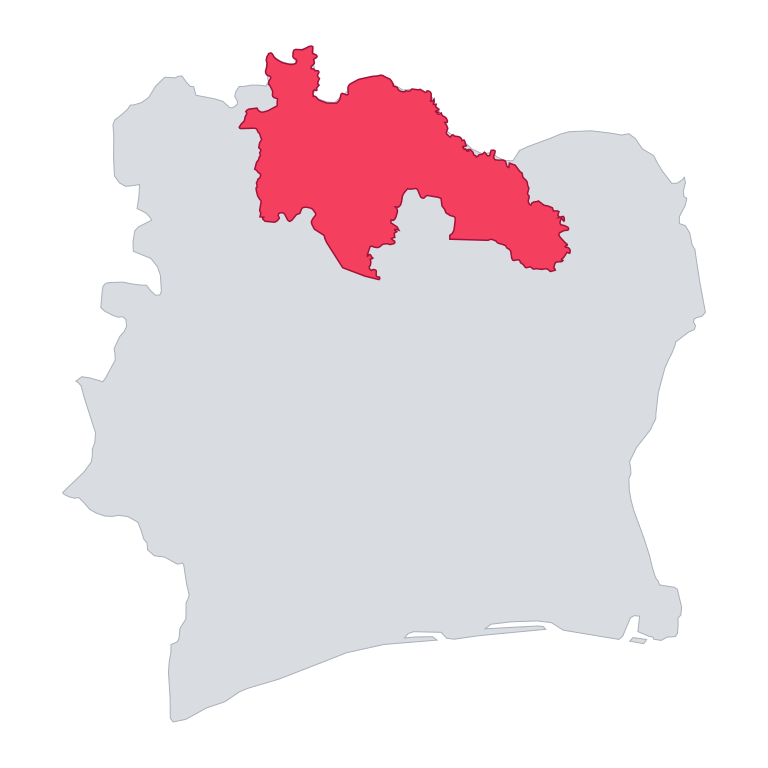 Ivory Coast, with Savanes highlighted
{"feature_id": "CIV-3431", "entity_name": "Savanes", "entity_type": "Department", "adm_level": 1, "iso_a3": "CIV", "parent_name": "Ivory Coast", "parent_adm1": "", "projection": "albers", "projection_center": [-5.464, 9.628], "detail": "fine", "context": "in_parent", "style": "filled", "palette": "rose", "viewbox_px": 768, "rotation_deg": 0, "n_neighbors": 0, "source": "natural_earth", "source_scale": "10m", "svg_char_len": 9518}
<svg xmlns="http://www.w3.org/2000/svg" viewBox="0 0 768 768"><path d="M130.2,105.1L133.3,105.0L141.4,102.7L148.7,97.4L155.6,86.2L164.8,77.2L175.2,77.9L178.3,76.3L181.9,76.0L186.2,82.0L190.5,86.5L193.6,86.6L195.9,95.2L214.8,98.9L222.8,101.3L229.6,107.6L232.0,107.8L234.9,106.4L237.1,104.3L237.6,101.9L234.7,96.2L236.0,91.2L239.1,86.6L243.9,86.4L251.3,85.1L259.7,85.2L265.9,86.0L268.4,81.5L266.1,68.7L266.8,61.7L267.8,55.8L270.1,53.4L279.4,60.9L288.0,63.6L294.1,63.8L295.8,62.4L293.2,54.3L294.0,51.8L296.2,50.4L300.3,49.6L311.2,46.3L312.3,47.0L314.3,59.8L313.4,64.0L315.6,72.7L318.4,80.7L318.2,84.0L315.9,89.0L313.1,93.6L313.4,95.5L317.8,98.6L326.1,101.8L334.7,102.6L339.5,97.9L344.5,94.1L348.0,90.7L349.2,85.6L354.7,81.9L370.3,77.3L384.7,76.6L388.1,78.1L394.6,85.1L402.9,90.0L415.4,89.4L424.5,92.2L432.4,97.7L437.7,109.7L443.5,118.4L446.1,130.7L455.2,137.2L462.3,140.1L472.1,149.1L482.1,153.7L492.5,152.6L497.4,157.3L505.1,160.6L512.9,160.8L519.6,150.4L528.6,146.3L551.4,137.9L560.3,134.1L569.4,131.7L591.3,130.8L611.8,133.3L621.9,135.1L628.8,133.7L635.4,138.6L642.3,148.8L647.8,152.1L653.6,155.6L657.8,163.7L662.8,171.8L665.6,175.3L671.7,183.3L677.0,183.3L682.1,179.9L684.3,177.3L685.4,182.5L683.4,191.1L683.9,196.4L686.8,198.4L685.3,205.2L679.3,216.8L679.4,223.6L685.4,225.7L689.7,233.0L692.3,245.4L695.0,249.5L695.2,252.1L699.8,282.1L705.4,312.3L702.0,316.2L697.4,317.4L694.3,318.9L693.5,321.7L695.5,325.8L694.3,329.6L688.4,332.2L675.8,341.9L674.9,345.7L671.6,353.9L668.9,358.9L664.8,368.2L658.3,392.7L656.0,413.0L655.7,419.2L653.2,423.6L650.3,429.9L636.6,447.4L629.6,461.6L630.6,467.8L630.9,474.0L628.9,478.4L629.3,490.4L631.1,500.4L633.7,510.3L643.9,538.0L649.3,554.9L652.6,568.5L655.5,577.6L658.3,581.3L659.4,584.9L674.4,587.3L677.3,589.3L681.6,607.0L680.9,615.0L678.0,618.1L678.1,624.9L677.5,633.3L675.3,636.6L667.0,637.1L661.3,640.4L653.8,639.2L653.0,637.1L649.0,636.3L637.9,631.6L639.6,616.2L634.4,615.6L630.5,617.7L622.7,636.2L618.9,639.4L563.4,630.2L551.3,622.6L536.9,620.9L511.7,621.8L491.0,624.2L485.1,628.8L537.4,626.0L543.1,626.5L545.7,629.3L479.5,635.6L454.2,639.2L446.8,638.3L441.1,632.3L413.6,631.7L408.0,633.6L404.6,638.0L415.4,637.0L432.5,636.7L437.0,640.1L383.7,644.5L346.6,652.7L330.9,658.9L279.2,679.0L247.6,688.4L239.3,691.9L224.9,701.7L206.5,707.9L185.7,719.4L173.1,721.9L170.3,718.2L170.1,698.5L168.5,672.1L169.2,662.1L170.9,652.6L171.0,644.7L177.3,641.8L179.0,638.5L180.0,628.3L185.9,619.0L186.1,602.7L187.9,599.3L189.2,595.0L186.7,584.4L183.6,564.2L182.0,562.9L180.6,563.7L177.3,564.1L164.4,557.0L154.4,555.8L147.5,549.8L147.1,543.0L143.7,539.0L141.4,531.2L137.9,522.2L128.1,516.7L118.9,515.3L112.3,516.4L104.6,516.0L95.9,512.9L89.8,509.5L84.1,502.8L78.8,497.6L74.5,498.2L69.3,496.9L64.2,494.5L62.6,492.6L84.1,471.9L91.5,461.7L92.3,455.5L92.4,449.1L94.8,442.7L95.5,432.8L84.0,396.9L81.1,385.8L78.0,382.5L75.9,381.2L81.9,376.7L90.2,378.0L102.8,381.7L105.5,378.1L115.2,360.1L115.0,353.4L114.1,348.7L119.8,336.4L124.2,331.6L126.6,326.4L125.9,319.4L122.6,316.7L118.1,317.2L112.9,315.4L104.9,311.3L100.8,307.6L102.2,291.3L103.0,286.2L105.9,283.3L110.3,282.5L122.8,282.1L132.8,284.1L141.7,285.2L146.4,285.2L150.2,290.1L155.3,295.1L159.8,295.1L161.4,291.4L160.4,275.3L157.5,266.7L150.8,258.4L133.3,251.3L133.0,241.4L134.8,230.8L138.6,226.8L151.7,220.2L149.4,216.5L145.3,212.6L137.1,208.6L139.0,195.9L139.5,184.5L132.5,185.7L125.4,186.3L119.4,182.8L114.4,175.8L113.6,156.8L113.8,134.8L112.9,125.1L114.8,119.9L121.0,115.2L127.8,109.0L130.2,105.1ZM646.6,639.5L643.7,643.7L629.7,641.1L633.0,637.6L646.6,639.5Z" fill="#d9dde1" stroke="#a8b0b8" stroke-width="1"/><path d="M385.4,77.1L390.1,79.2L391.9,81.6L393.2,84.3L393.3,86.1L397.1,87.2L398.2,89.7L400.8,91.4L404.7,91.9L405.9,90.6L406.9,91.1L408.7,91.2L409.9,90.9L411.9,89.0L418.4,89.8L420.1,89.3L425.3,92.4L426.2,92.3L427.0,90.9L428.7,91.0L430.4,92.1L431.2,93.7L431.2,99.6L430.5,100.8L430.6,101.2L432.6,101.1L434.0,99.2L434.3,101.3L433.4,103.3L433.4,104.4L436.2,104.3L435.5,106.2L436.1,107.3L438.8,109.0L438.9,109.9L436.5,110.7L435.6,111.6L438.4,112.3L437.0,113.0L437.8,114.2L439.0,114.4L441.3,113.0L441.8,114.9L442.9,115.9L445.6,117.4L446.7,119.0L447.5,121.0L447.1,122.4L444.8,122.5L446.5,125.1L447.8,128.3L446.3,132.6L446.5,133.8L449.5,136.7L450.4,137.0L451.6,135.4L452.4,134.9L453.6,135.1L454.4,136.1L457.7,136.5L459.8,137.1L461.3,138.5L462.0,140.6L464.0,140.0L464.9,141.6L465.4,144.0L466.4,145.8L464.7,146.4L462.8,146.5L462.8,147.2L463.7,148.1L464.2,149.4L465.6,148.9L467.0,151.2L468.6,150.9L467.8,149.8L468.2,149.5L470.3,149.5L473.0,152.3L473.8,154.9L475.8,155.9L476.3,157.0L478.0,156.1L479.1,154.7L481.8,154.3L483.0,153.6L484.4,152.2L485.6,153.2L487.1,155.5L488.3,155.9L489.8,155.5L490.3,152.9L491.2,150.3L493.4,150.1L494.9,150.6L495.1,151.1L494.9,153.0L493.9,155.7L493.6,157.7L495.1,159.8L498.5,160.2L502.3,160.0L504.8,160.6L505.8,162.1L506.7,165.6L507.4,166.8L508.8,167.5L509.4,163.1L515.2,165.2L519.9,171.5L522.1,173.1L522.8,177.1L526.3,180.6L527.2,182.1L527.7,185.6L528.9,188.1L527.5,193.6L527.8,194.5L529.0,195.8L529.2,197.6L528.4,199.9L528.2,201.6L529.6,204.5L530.9,205.0L531.8,203.1L533.8,202.0L537.8,201.4L538.3,200.9L544.0,205.2L548.3,206.1L552.4,207.8L553.4,211.0L557.4,210.9L559.0,211.6L557.8,215.2L559.2,216.8L558.5,217.5L562.3,216.5L563.5,216.5L564.3,218.2L564.3,220.9L563.5,221.0L561.3,218.2L560.3,220.6L560.0,223.0L560.7,224.7L564.5,225.6L567.8,227.2L568.6,228.4L568.4,229.8L567.2,230.3L564.3,230.5L561.7,231.7L559.5,233.0L558.7,234.9L560.4,237.5L565.2,242.7L567.2,244.3L567.3,245.1L565.9,245.5L565.1,246.6L565.6,246.8L565.8,247.3L567.1,247.2L568.5,247.9L569.7,249.1L570.2,250.6L570.0,252.9L569.3,253.3L566.9,252.4L563.7,257.5L561.7,259.0L561.4,259.9L563.0,260.4L562.1,261.4L560.7,261.8L557.6,261.8L555.8,262.4L554.8,263.9L553.7,267.7L554.7,268.6L555.3,270.2L550.5,271.5L550.0,271.3L548.1,269.4L546.1,268.8L543.9,268.9L542.1,269.4L536.4,268.7L533.6,269.1L532.9,268.9L531.2,267.3L530.1,266.8L526.6,267.7L525.3,267.4L523.2,264.5L520.5,262.7L519.9,260.8L519.1,260.0L517.3,259.8L514.0,260.5L512.8,260.2L511.8,258.4L510.6,250.9L509.2,249.3L506.9,248.0L505.6,245.7L503.1,244.6L498.2,243.2L497.3,242.6L496.0,241.0L492.2,239.5L490.6,239.3L488.1,240.3L449.8,239.2L449.8,235.3L452.1,233.6L453.9,230.5L455.3,219.7L454.8,217.2L454.0,216.6L449.6,215.3L448.5,214.2L446.9,213.6L445.8,212.5L444.6,209.3L442.0,205.9L441.0,198.4L438.2,197.3L427.5,195.5L426.1,196.0L423.9,198.1L421.9,198.0L420.6,196.9L417.8,190.2L416.5,188.6L415.9,188.5L409.9,189.2L407.6,188.7L404.0,193.0L402.5,195.8L401.5,202.0L400.5,205.1L398.5,207.1L395.3,206.9L396.8,208.5L397.4,210.1L397.4,211.9L396.1,216.5L395.0,218.9L393.4,220.4L391.0,220.0L390.9,222.8L397.2,227.0L398.9,230.2L396.9,229.5L394.7,229.5L394.7,230.2L396.8,231.7L394.2,233.3L394.8,237.4L392.1,238.2L391.4,238.8L392.5,239.9L394.7,241.2L394.9,242.5L394.1,243.6L390.1,244.6L387.1,243.7L383.5,244.1L382.4,244.5L379.7,246.8L377.7,247.6L374.0,247.1L372.0,246.2L370.5,246.4L369.9,247.2L367.4,254.7L367.5,256.2L368.3,255.7L369.1,254.5L370.2,254.6L370.9,255.4L371.5,256.9L372.8,257.8L372.8,258.4L370.2,259.4L370.9,262.0L370.3,265.6L369.3,266.4L369.4,268.7L371.2,270.4L373.5,269.4L375.2,269.9L376.0,270.5L376.3,271.1L376.2,275.8L377.6,277.0L379.2,276.9L379.6,277.2L379.8,278.7L379.0,279.6L365.1,276.2L342.7,267.7L326.7,242.6L324.9,238.7L324.3,235.9L323.9,235.3L314.3,229.1L311.7,223.9L311.4,222.2L311.6,221.0L313.2,218.1L315.6,215.2L315.6,213.4L312.7,209.3L310.4,208.0L305.8,207.1L302.9,207.6L301.6,208.8L299.9,213.4L296.6,214.5L292.0,220.1L289.9,221.4L288.8,221.0L287.6,219.9L284.7,214.2L283.6,213.2L282.2,212.7L279.9,212.9L278.6,213.8L278.2,215.5L279.3,218.0L279.1,218.7L276.6,221.3L274.6,222.2L265.1,221.3L262.7,219.0L262.8,218.0L263.6,217.3L259.9,216.8L260.7,213.8L260.5,212.4L259.7,210.9L259.8,209.4L261.1,201.7L260.9,200.6L259.2,198.6L257.7,195.9L256.5,191.5L256.0,188.1L257.0,186.7L257.1,185.8L256.4,182.7L257.2,181.6L257.9,179.2L259.7,177.9L260.1,177.2L260.6,174.9L260.5,174.2L258.1,172.3L256.6,170.4L254.7,169.2L256.6,162.2L258.5,159.8L259.2,157.0L260.4,155.8L259.7,152.7L260.6,151.1L260.8,149.7L258.7,147.7L259.6,143.0L261.5,139.6L261.6,139.0L260.6,137.1L259.7,133.8L258.1,132.2L256.9,129.5L256.1,128.6L254.3,128.2L241.0,128.6L239.7,128.2L239.2,127.2L241.2,124.0L244.2,121.0L244.7,119.4L245.0,117.2L246.6,114.0L246.6,112.6L245.8,111.6L247.0,110.1L248.9,109.1L257.0,108.1L258.1,110.1L259.3,111.2L261.3,112.1L262.7,112.2L268.1,110.7L276.6,106.1L277.3,105.4L277.1,103.0L277.5,98.7L274.2,97.7L272.7,96.4L272.4,95.0L272.7,92.1L272.3,90.4L269.8,85.5L268.5,84.3L269.0,80.8L270.7,78.3L270.7,77.2L270.1,76.4L267.0,75.1L265.7,73.1L265.5,71.2L266.6,67.8L267.1,63.0L266.2,60.5L266.5,58.5L267.0,56.6L268.7,54.0L268.6,53.6L270.9,52.9L272.2,53.8L274.3,57.4L275.9,58.9L282.3,62.7L289.6,64.4L291.8,64.5L294.4,64.1L296.3,62.8L296.7,60.3L295.9,59.3L293.4,57.9L292.9,56.4L293.1,52.3L293.8,50.3L295.6,49.4L302.7,49.8L309.2,46.4L311.7,46.1L312.8,46.7L312.9,48.2L312.4,52.5L312.7,53.4L315.8,54.7L316.7,55.5L317.1,56.4L316.5,57.6L314.3,58.8L313.5,59.7L314.4,62.5L314.2,63.7L311.6,66.2L311.1,67.0L311.1,68.6L311.6,68.9L313.5,68.8L315.2,70.7L317.9,70.7L318.5,71.1L319.0,72.1L317.4,75.6L317.8,76.6L319.5,78.6L317.9,81.9L317.6,83.9L319.1,85.1L316.6,88.0L317.0,89.7L316.8,90.2L316.0,90.6L314.5,89.7L313.2,91.1L312.9,92.5L313.3,96.5L314.8,96.2L316.0,96.9L318.0,99.4L319.4,100.3L327.3,103.2L336.7,103.1L338.6,101.2L339.9,99.2L341.0,94.2L342.2,93.3L347.1,95.0L348.3,94.1L347.9,88.2L348.3,86.3L349.5,84.5L351.1,83.4L358.6,79.4L372.1,76.4L377.9,75.9L380.8,75.1L383.1,75.6L385.4,77.1Z" fill="#f43f5e" stroke="#9f1239" stroke-width="1.5"/></svg>